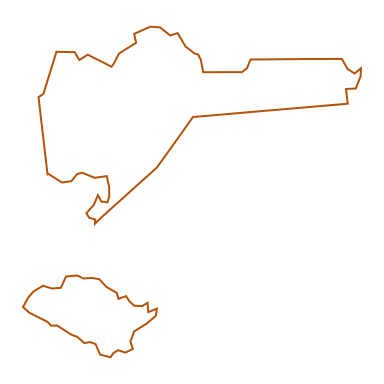 Iberia, Louisiana, United States of America (Natural Earth projection)
{"feature_id": "52423323B66757955193379", "entity_name": "Iberia", "entity_type": "district", "adm_level": 2, "iso_a3": "USA", "parent_name": "United States of America", "parent_adm1": "Louisiana", "projection": "natural_earth1", "projection_center": [-91.77, 29.798], "detail": "fine", "context": "isolated", "style": "outline", "palette": "amber", "viewbox_px": 384, "rotation_deg": 0, "n_neighbors": 0, "source": "geoboundaries", "source_scale": "gbopen_adm2", "svg_char_len": 1272}
<svg xmlns="http://www.w3.org/2000/svg" viewBox="0 0 384 384"><path d="M347.7,103.7L346.0,89.0L355.8,88.5L360.6,76.2L361.0,68.3L354.6,73.5L347.4,68.8L341.9,58.9L300.1,59.1L250.5,59.5L247.1,68.0L242.0,72.1L203.2,72.2L200.8,59.8L198.2,54.5L194.7,53.6L185.6,46.6L177.6,33.1L170.2,35.5L160.1,27.4L150.3,26.7L134.2,33.8L136.1,42.8L119.0,53.5L113.7,63.7L111.5,66.7L98.1,59.9L87.7,54.7L84.6,56.7L79.3,60.0L74.7,52.2L56.4,51.8L51.8,66.9L50.7,70.3L43.4,93.9L38.5,97.1L47.5,174.0L47.9,173.6L62.0,182.5L71.3,181.2L77.2,174.0L82.2,172.7L94.6,177.8L106.7,176.1L109.1,186.7L109.2,196.5L107.5,202.3L101.5,201.6L97.9,195.2L93.9,204.7L86.4,213.2L89.0,217.6L95.3,219.6L95.0,223.7L102.5,216.4L156.8,167.6L173.3,144.7L193.0,117.0L257.0,111.5L347.7,103.7ZM28.2,297.6L23.0,307.0L29.3,312.7L47.5,321.9L51.0,325.7L57.0,325.5L71.2,334.6L77.3,336.9L84.3,343.1L90.0,342.1L95.5,344.0L100.1,354.6L110.5,357.3L113.4,353.1L118.1,350.2L125.3,352.6L132.9,348.9L130.4,341.5L134.1,331.4L146.7,323.6L155.9,315.7L156.9,308.7L148.3,312.1L147.5,302.8L142.1,306.1L134.2,305.7L129.4,301.3L126.0,296.1L118.4,298.8L116.8,292.9L106.6,287.1L99.3,279.2L91.7,277.9L83.4,278.5L77.4,275.5L66.0,276.5L60.9,287.8L52.1,288.5L43.0,285.8L33.5,291.5L31.8,293.4L28.2,297.6Z" fill="none" stroke="#b45309" stroke-width="2"/></svg>